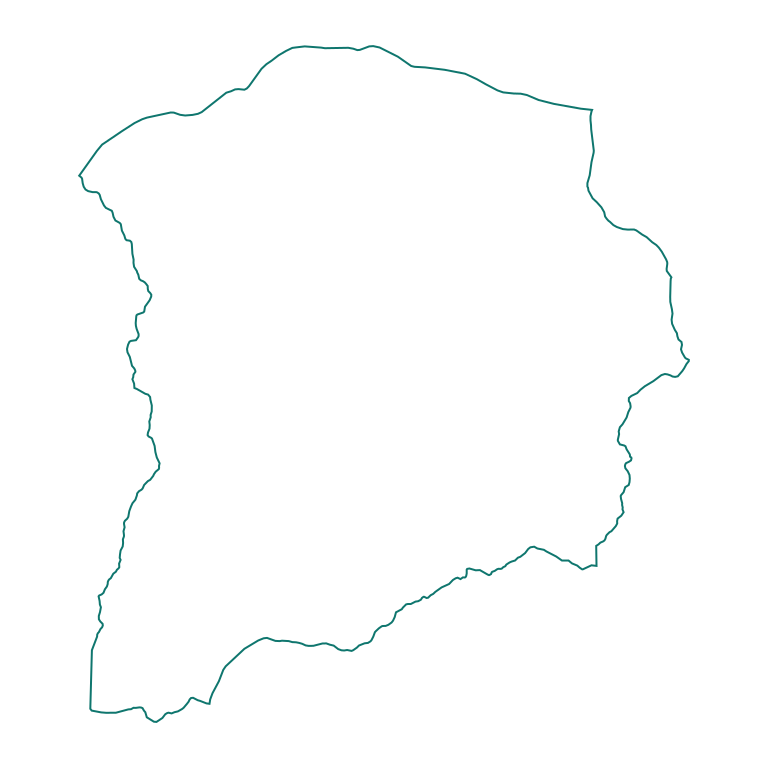 outline of Passabe, Ambeno, East Timor
{"feature_id": "22284137B78589082369873", "entity_name": "Passabe", "entity_type": "district", "adm_level": 2, "iso_a3": "TLS", "parent_name": "East Timor", "parent_adm1": "Ambeno", "projection": "natural_earth1", "projection_center": [124.316, -9.462], "detail": "fine", "context": "isolated", "style": "outline", "palette": "teal", "viewbox_px": 768, "rotation_deg": 0, "n_neighbors": 0, "source": "geoboundaries", "source_scale": "gbopen_adm2", "svg_char_len": 6063}
<svg xmlns="http://www.w3.org/2000/svg" viewBox="0 0 768 768"><path d="M79.2,175.7L81.5,177.6L82.1,178.8L82.7,183.2L83.7,186.7L85.5,189.5L88.1,191.1L92.5,192.1L96.1,192.1L97.2,192.4L98.8,193.5L99.7,194.9L100.9,199.2L104.0,205.5L105.9,207.9L111.8,210.8L112.6,212.7L113.5,216.8L115.4,220.5L119.7,222.9L120.8,224.2L121.9,230.6L124.3,235.4L125.3,238.8L126.5,240.2L129.9,240.7L131.3,242.0L131.8,244.0L132.4,253.8L133.6,259.6L133.5,262.9L134.1,266.8L136.9,271.2L137.2,272.5L138.3,274.7L139.2,278.8L140.8,280.3L143.2,281.3L144.8,282.4L146.2,284.0L147.7,286.0L147.8,289.0L148.3,291.1L150.2,293.0L151.3,294.7L151.2,296.6L149.6,300.3L145.0,306.7L144.2,311.6L143.2,312.5L137.4,314.5L136.6,315.2L136.3,316.1L135.7,323.0L135.9,325.8L136.6,328.8L138.6,334.1L138.6,336.0L138.1,337.2L136.0,340.2L131.0,340.9L129.5,341.7L128.1,344.6L127.0,349.0L127.5,352.3L129.8,356.9L132.0,365.8L134.3,368.5L135.2,370.4L135.4,371.8L133.5,374.5L133.2,377.3L132.4,379.2L134.1,383.6L134.4,388.0L136.9,389.0L145.3,393.8L148.1,394.6L150.1,397.0L150.4,399.7L151.8,405.5L151.7,411.5L150.6,415.0L150.7,417.3L149.3,421.5L149.7,425.0L149.5,428.7L148.0,432.5L147.6,435.1L148.6,436.5L151.3,437.9L152.0,438.6L154.6,445.9L155.4,452.1L156.8,457.5L159.6,463.3L159.0,466.0L159.1,467.9L158.8,469.1L155.7,471.7L153.9,474.3L153.3,475.8L150.2,479.8L147.9,481.1L144.2,484.9L142.6,488.5L141.5,489.7L139.0,491.2L137.2,493.4L136.9,495.4L135.4,499.7L132.5,503.2L131.0,506.5L129.3,511.1L128.3,516.8L127.2,518.7L124.9,520.8L124.1,522.4L124.0,523.8L124.6,527.3L123.5,531.2L124.0,535.3L123.9,536.6L122.9,539.3L123.1,543.0L122.7,546.5L120.6,550.5L120.0,554.4L119.7,557.9L120.6,559.9L119.1,563.6L119.3,567.2L118.6,568.3L116.9,569.8L115.9,571.7L113.3,573.7L110.8,578.2L109.2,579.4L108.4,580.5L107.8,582.0L107.7,584.0L106.9,586.5L104.9,589.3L103.5,592.8L101.7,594.4L99.2,595.5L98.6,596.3L99.6,601.0L99.9,604.6L100.9,607.2L100.0,612.1L98.8,616.0L98.9,619.3L100.3,621.5L102.6,623.8L102.8,625.5L102.1,627.3L100.5,629.0L98.9,632.1L97.8,633.3L97.2,634.7L97.1,636.6L91.9,650.2L90.3,708.8L91.7,710.6L101.2,712.4L106.2,712.8L116.0,712.7L128.3,709.4L131.0,709.2L133.5,707.8L135.7,707.9L139.3,707.4L141.0,707.5L142.5,708.1L144.0,710.7L145.3,712.2L146.8,717.3L153.9,721.7L156.5,721.9L162.4,718.0L165.3,714.2L167.3,713.0L168.6,712.7L171.6,713.4L174.5,712.2L177.9,711.4L182.1,709.0L183.6,707.8L186.9,703.9L188.6,701.7L189.7,699.4L191.1,698.0L193.1,697.8L197.7,700.2L200.1,700.9L206.5,703.4L209.5,703.8L210.2,699.4L212.5,693.2L218.9,681.2L223.3,669.8L225.7,666.3L244.4,648.8L258.2,640.5L263.6,638.3L267.0,637.9L275.4,640.9L279.7,641.1L282.0,640.7L288.8,641.1L292.3,642.1L296.1,642.3L299.1,642.9L302.2,643.8L305.6,645.4L308.7,645.9L313.4,645.8L322.4,643.5L326.3,643.4L329.9,644.7L333.7,645.6L338.2,649.1L341.5,650.3L344.2,650.5L347.1,650.0L351.6,650.9L353.2,650.2L356.9,647.6L359.0,645.5L364.6,643.3L368.0,642.9L370.5,641.3L371.4,640.3L373.3,636.6L374.9,632.2L375.8,631.2L378.9,628.3L381.7,626.3L382.7,626.0L385.7,625.9L388.4,624.8L391.6,622.5L393.0,620.7L394.7,617.1L396.0,612.3L401.8,609.2L402.9,607.6L406.1,604.4L407.8,604.0L410.8,604.0L415.5,601.6L418.2,601.2L420.9,599.7L422.0,597.9L423.5,596.8L424.2,596.8L426.6,598.0L428.1,597.7L430.7,595.2L433.2,593.9L435.4,591.8L441.6,587.4L449.1,584.0L452.9,580.0L455.6,578.3L457.6,577.7L460.5,579.1L462.9,577.4L464.9,577.5L465.8,576.8L466.2,575.9L466.7,573.5L466.7,569.7L467.2,568.9L469.4,568.5L475.7,570.3L479.9,570.1L487.7,574.6L489.0,575.1L489.6,574.9L491.0,574.1L491.8,572.2L492.3,571.8L494.7,570.9L497.2,569.2L498.5,568.8L500.8,568.9L501.9,568.5L503.2,567.2L505.3,566.2L506.3,564.6L509.5,562.5L511.5,561.6L515.1,560.5L517.9,557.7L520.3,556.8L525.1,553.1L528.2,549.0L530.4,547.3L534.2,546.7L537.4,548.5L543.9,549.8L546.3,551.4L556.2,556.5L561.9,560.5L568.5,560.5L572.0,563.4L577.3,565.6L579.7,567.7L582.1,569.3L582.9,569.3L591.5,565.3L596.5,565.9L596.2,545.9L598.5,544.4L600.4,542.6L603.0,541.5L604.4,540.5L605.4,538.8L606.1,536.1L606.8,534.9L609.5,532.2L611.4,531.2L615.8,526.1L617.2,523.5L617.1,521.1L617.6,518.6L621.3,515.7L623.6,512.2L622.5,509.4L622.7,507.4L622.1,505.0L622.2,503.2L621.0,498.8L620.7,496.0L621.2,495.0L623.6,492.2L625.2,487.2L628.7,485.0L629.5,482.2L629.8,478.6L629.5,475.0L627.7,471.2L625.4,468.3L624.9,466.0L625.3,464.3L626.1,463.1L628.9,461.8L631.0,460.4L631.5,458.4L631.3,457.5L630.1,456.7L629.8,454.4L626.6,449.3L625.5,446.3L624.2,445.5L619.9,444.4L617.9,440.9L617.8,439.9L619.1,434.1L618.7,431.4L619.9,427.2L622.5,424.3L626.6,417.5L628.3,412.1L630.5,407.7L630.6,406.3L630.1,403.2L628.8,401.0L628.9,398.0L631.4,395.9L637.2,393.1L640.5,389.7L644.9,386.2L653.4,381.1L661.4,375.1L664.9,374.0L667.5,374.4L670.5,375.4L672.5,376.5L675.1,376.9L677.8,376.3L682.2,371.2L684.1,368.4L686.5,364.0L688.8,361.1L688.8,359.8L686.0,358.5L685.0,357.6L682.1,352.6L681.0,349.3L682.0,344.9L681.5,342.0L678.5,339.5L677.4,336.3L676.9,333.2L674.8,329.8L672.1,323.8L671.6,319.7L672.5,313.6L671.9,309.2L670.3,301.9L670.2,296.9L670.6,281.0L670.8,278.6L671.4,277.3L666.8,271.0L666.6,269.0L667.3,263.8L667.2,262.1L666.1,259.4L661.8,251.7L658.8,247.6L656.3,245.0L652.2,242.2L646.6,237.1L642.2,234.6L636.3,230.4L634.0,229.5L627.8,229.6L622.9,229.1L616.8,227.0L613.4,225.1L609.9,221.8L608.4,220.7L606.7,218.8L605.1,216.5L604.2,212.2L601.4,207.3L596.7,202.1L592.6,198.3L588.5,190.7L588.0,187.6L587.4,186.6L587.4,183.1L589.7,175.3L591.5,162.1L593.6,152.8L593.8,150.7L591.2,129.4L591.0,125.1L590.5,120.4L590.5,116.1L591.5,111.4L592.1,109.9L580.9,108.7L554.0,103.9L538.6,100.0L526.8,95.0L520.7,93.7L513.7,93.5L503.2,92.4L497.5,90.4L485.5,84.1L476.9,79.2L465.0,73.7L444.7,69.8L425.1,67.4L414.5,66.8L411.2,66.0L397.9,56.7L379.6,47.5L373.2,46.1L369.2,46.4L359.8,49.9L357.3,50.1L353.3,48.7L348.3,47.8L324.9,48.2L321.0,47.6L304.7,46.4L296.1,47.4L292.3,47.9L285.9,51.0L278.6,55.3L271.3,60.9L266.4,64.2L261.5,68.8L249.0,86.2L246.8,88.5L244.4,89.7L238.5,89.1L235.1,89.4L230.9,91.3L226.3,92.7L201.7,112.1L198.0,113.8L192.6,114.9L185.2,115.5L180.1,114.8L173.8,112.6L170.7,112.5L147.0,117.6L142.3,119.2L134.6,123.0L121.9,131.2L102.1,144.6L96.9,150.9L79.2,175.7Z" fill="none" stroke="#0f766e" stroke-width="2"/></svg>